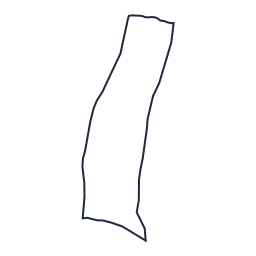 the district of Kernoi, Western Darfur, Sudan
{"feature_id": "16777658B31925406348154", "entity_name": "Kernoi", "entity_type": "district", "adm_level": 2, "iso_a3": "SDN", "parent_name": "Sudan", "parent_adm1": "Western Darfur", "projection": "equal_earth", "projection_center": [23.614, 14.984], "detail": "fine", "context": "isolated", "style": "outline", "palette": "slate", "viewbox_px": 256, "rotation_deg": 0, "n_neighbors": 0, "source": "geoboundaries", "source_scale": "gbopen_adm2", "svg_char_len": 924}
<svg xmlns="http://www.w3.org/2000/svg" viewBox="0 0 256 256"><path d="M145.7,240.6L144.7,228.5L136.7,212.3L138.8,200.2L139.0,179.5L140.6,168.5L142.7,158.5L147.2,126.1L147.2,122.8L147.8,118.3L153.0,96.1L159.2,83.1L171.3,42.5L172.5,32.6L173.6,22.9L172.2,23.1L170.8,23.1L169.0,22.7L167.4,22.3L165.4,21.5L163.5,20.9L161.4,20.7L160.4,20.5L159.6,20.0L158.2,18.9L156.6,17.9L154.7,17.3L151.3,17.1L150.0,17.2L147.8,17.4L145.9,17.2L145.0,17.1L144.7,17.0L144.4,16.9L143.7,16.5L142.4,16.1L139.8,15.7L136.7,15.6L136.3,15.6L134.2,15.5L133.5,15.4L132.0,15.4L130.9,15.5L129.7,15.7L128.8,15.9L127.5,20.8L127.2,22.4L123.4,39.7L120.4,53.7L116.8,61.2L110.6,74.4L102.4,91.9L97.1,100.1L93.8,107.8L91.5,116.7L90.2,122.1L85.1,150.8L82.9,158.7L82.4,166.5L84.3,183.0L84.5,196.2L83.8,205.6L82.6,218.3L87.2,217.8L97.8,220.4L102.7,220.4L111.5,222.7L122.2,226.4L129.4,230.7L132.6,232.7L145.7,240.6Z" fill="none" stroke="#1e293b" stroke-width="2"/></svg>